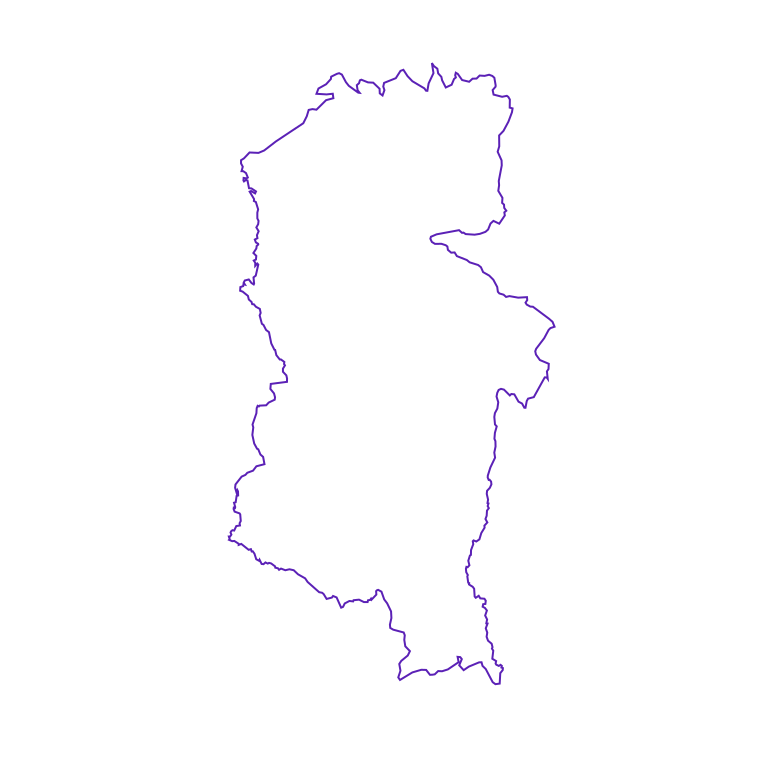 Kamina, Katanga, Democratic Republic of the Congo, rotated 171°
{"feature_id": "63176286B31000864957103", "entity_name": "Kamina", "entity_type": "district", "adm_level": 2, "iso_a3": "COD", "parent_name": "Democratic Republic of the Congo", "parent_adm1": "Katanga", "projection": "natural_earth1", "projection_center": [24.927, -8.635], "detail": "fine", "context": "isolated", "style": "outline", "palette": "violet", "viewbox_px": 768, "rotation_deg": 171, "n_neighbors": 0, "source": "geoboundaries", "source_scale": "gbopen_adm2", "svg_char_len": 6132}
<svg xmlns="http://www.w3.org/2000/svg" viewBox="0 0 768 768"><g transform="rotate(171 384 384)"><path d="M561.4,254.3L558.5,252.5L556.4,252.4L552.5,248.9L552.7,247.8L550.0,248.4L543.6,241.4L541.3,241.7L540.9,239.3L539.8,239.3L538.5,236.7L537.6,230.9L535.0,228.9L534.4,229.9L533.0,225.4L531.2,224.9L529.0,226.3L526.9,224.8L525.5,225.3L523.5,224.4L520.1,220.9L520.1,219.6L517.6,218.6L516.7,216.9L514.6,217.8L510.6,215.5L506.4,215.8L502.3,214.2L498.7,209.5L492.3,204.4L490.4,200.4L480.6,188.5L477.8,187.5L476.5,186.0L474.3,180.7L468.9,181.2L467.5,182.6L464.2,180.6L461.3,169.8L459.3,170.3L457.1,173.4L452.1,175.1L448.5,174.1L447.9,175.2L442.4,174.9L438.0,171.8L434.3,171.2L433.6,172.9L431.5,172.9L430.4,174.0L430.1,172.9L424.5,177.2L424.2,180.6L423.4,181.3L422.0,181.6L419.0,179.3L417.5,171.2L415.2,166.9L412.6,158.3L413.3,151.7L415.8,145.4L416.0,142.1L413.3,139.9L403.4,135.5L402.8,132.6L404.0,128.1L404.0,121.6L400.2,116.1L403.0,112.1L410.3,107.8L412.7,105.1L412.6,98.2L415.8,92.0L414.5,89.2L401.1,94.7L391.9,95.9L387.1,95.0L384.1,89.6L381.9,89.3L379.3,89.3L375.4,92.0L371.6,91.2L365.6,92.1L353.8,97.6L354.0,103.0L351.4,102.3L350.2,100.1L353.7,94.4L350.1,88.9L344.4,91.6L333.6,94.2L331.2,93.9L330.8,90.2L328.1,86.6L323.3,72.5L320.9,70.1L316.6,70.0L314.4,80.2L311.5,82.9L311.0,84.8L312.4,85.6L311.7,87.1L312.8,88.4L314.7,87.6L317.0,89.2L317.5,90.4L316.6,92.8L320.0,95.7L317.8,103.5L318.8,105.8L318.0,107.1L318.3,110.6L321.4,114.2L322.2,118.3L320.9,122.3L321.7,126.8L319.2,131.2L320.4,131.6L319.0,135.3L320.3,139.5L317.8,144.2L319.4,147.1L321.4,148.6L320.5,151.0L318.3,150.9L317.4,154.0L318.4,156.2L322.4,157.2L323.6,160.0L326.8,158.5L327.7,159.9L327.0,167.7L328.1,169.8L331.4,172.7L331.0,174.0L331.9,174.6L331.8,181.0L331.1,182.2L332.2,185.2L332.0,188.7L331.2,190.5L330.1,189.9L328.0,191.6L328.4,196.2L326.0,201.1L324.9,201.6L324.0,206.4L320.9,211.8L320.9,214.8L320.0,215.5L317.5,214.0L314.1,215.6L311.2,221.6L307.1,226.4L307.0,228.4L303.6,231.1L304.9,234.8L303.2,237.8L302.1,242.8L299.9,245.0L300.7,247.2L299.5,249.7L300.4,250.2L299.3,253.5L299.7,259.4L298.9,262.4L295.7,264.9L293.6,268.1L293.5,270.9L294.7,272.9L295.6,272.9L296.2,275.4L295.8,277.3L292.0,284.9L285.8,293.9L285.8,299.0L283.6,304.8L282.9,310.1L283.5,312.6L282.1,318.4L279.3,324.5L280.7,326.7L280.2,334.2L279.0,337.9L275.9,342.0L274.0,348.1L274.8,354.0L273.5,357.6L271.7,360.2L269.2,360.9L266.4,359.7L261.5,353.0L259.8,354.2L256.9,353.4L253.9,345.5L250.7,343.1L249.1,338.6L248.0,338.4L245.7,344.8L244.0,347.0L238.1,347.6L224.2,365.4L222.3,365.1L221.5,363.5L221.1,371.0L219.2,373.0L218.1,378.2L226.3,383.3L229.3,389.3L229.5,392.7L228.2,395.0L218.6,404.2L212.9,411.7L210.8,413.2L206.6,413.9L207.8,419.0L210.7,422.5L224.8,437.0L227.4,437.6L230.6,440.1L231.5,442.2L229.4,444.5L229.2,447.4L238.0,448.3L246.4,451.2L249.8,450.9L251.9,453.5L255.9,455.4L257.1,457.3L257.0,462.1L259.7,469.9L263.1,474.6L268.6,479.0L270.0,484.2L272.4,486.8L280.4,490.8L282.8,493.5L292.0,498.9L293.7,502.9L297.1,503.2L299.9,506.5L299.9,509.9L301.3,511.4L305.4,513.5L311.7,514.4L314.5,516.8L315.5,520.2L314.6,522.1L308.6,523.6L285.8,524.2L283.3,521.1L281.8,521.1L279.9,519.3L271.1,517.3L265.8,517.3L260.0,518.4L257.0,520.3L253.7,525.8L250.4,528.0L245.1,524.3L238.3,531.6L238.3,534.7L236.1,536.0L237.7,539.1L237.4,542.4L239.0,544.4L237.9,549.3L240.9,556.9L239.2,562.4L238.9,566.5L233.5,581.5L232.9,586.5L235.4,595.6L233.0,600.7L231.4,611.5L226.4,615.3L220.1,623.6L215.1,632.4L213.9,636.1L216.6,637.3L215.2,645.3L216.3,648.1L217.6,649.4L222.4,649.2L230.5,652.7L230.7,657.3L227.3,660.2L227.0,661.5L227.1,669.2L228.8,671.3L231.8,673.0L236.4,672.6L241.3,673.7L244.8,671.2L248.8,671.7L252.6,669.2L259.3,672.0L262.6,678.7L264.4,680.2L265.4,677.8L265.1,675.5L267.1,674.3L270.4,669.0L276.6,667.2L279.1,674.9L279.3,678.4L281.9,682.3L282.0,687.1L285.0,690.2L286.5,693.5L286.5,683.3L292.9,673.9L295.3,666.8L296.6,667.1L297.9,669.7L308.6,678.6L312.6,684.4L315.7,691.3L318.7,690.7L324.5,684.2L336.8,681.4L338.2,677.9L337.6,674.2L340.3,669.2L342.7,671.7L342.2,676.3L347.5,683.3L352.6,684.4L358.8,688.1L360.3,687.7L361.6,685.0L364.1,683.4L364.1,678.3L362.5,675.4L363.9,675.8L372.1,684.0L374.4,688.1L377.2,696.2L379.7,698.0L382.0,697.7L388.1,695.8L388.8,693.5L394.3,689.1L402.5,686.1L405.3,681.2L395.4,679.0L389.2,678.7L389.3,674.2L396.8,673.4L407.8,665.5L411.6,666.7L415.5,666.5L418.4,660.5L422.9,654.2L452.8,640.5L465.8,633.4L471.8,631.9L480.6,633.7L487.1,628.7L490.2,627.4L490.7,624.2L489.5,620.7L491.4,616.5L489.7,616.2L487.3,613.9L486.2,609.2L487.7,608.6L490.4,609.5L491.0,607.0L490.6,606.0L488.5,607.1L487.0,606.4L486.7,598.5L484.3,597.9L480.3,594.2L481.5,592.4L485.1,595.4L486.6,595.0L483.4,587.0L483.9,585.1L482.1,583.8L481.0,576.2L482.3,573.1L483.2,567.4L482.4,564.7L483.3,561.5L485.6,558.6L483.9,554.5L486.2,550.9L486.2,547.8L489.0,546.9L488.4,543.9L486.4,542.2L486.4,541.4L488.2,540.2L488.9,537.8L492.5,533.8L490.1,530.5L491.0,527.0L493.3,526.3L492.2,523.9L492.7,520.8L490.3,522.8L489.5,521.6L493.7,511.1L496.2,509.7L496.6,503.4L497.1,502.7L499.1,504.5L501.2,508.4L505.3,508.0L506.7,506.1L505.8,503.9L507.2,504.5L507.8,502.7L510.7,502.2L511.5,498.6L509.2,497.4L504.6,492.3L504.3,488.6L502.0,485.8L501.7,483.5L500.1,483.1L498.4,480.3L494.9,477.6L494.7,473.5L496.1,471.2L495.2,462.6L493.8,461.2L492.0,455.8L489.5,453.2L489.0,441.7L486.9,435.0L486.2,434.7L485.8,429.3L483.1,424.5L482.0,424.4L479.0,421.4L479.6,419.3L478.9,417.9L481.4,415.0L481.9,411.9L479.1,407.8L478.9,404.6L479.5,401.3L495.8,401.8L497.0,396.9L494.1,391.9L493.7,388.0L494.4,385.6L500.8,383.7L503.7,381.4L510.3,382.1L511.1,381.4L512.2,382.2L513.5,380.1L514.6,375.1L520.2,364.5L519.9,361.6L522.0,354.3L521.5,345.5L519.5,339.9L518.4,339.2L517.1,333.7L514.8,330.9L514.6,323.5L522.9,322.7L526.9,318.9L532.9,317.7L535.1,315.9L539.1,314.8L546.4,308.0L547.3,304.8L546.6,299.5L545.4,302.0L545.0,300.8L545.5,296.7L547.1,296.5L549.0,290.4L550.7,290.2L550.2,285.7L550.6,284.8L551.7,285.4L552.1,284.1L551.5,281.3L546.9,278.8L546.4,277.7L546.9,271.1L548.4,269.1L548.4,266.8L552.1,266.8L554.9,262.7L556.6,263.3L558.1,262.4L558.8,261.3L558.3,259.1L559.9,257.4L561.1,257.6L560.7,254.9L561.4,254.3Z" fill="none" stroke="#5b21b6" stroke-width="2"/></g></svg>